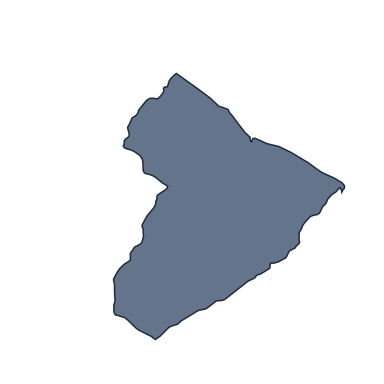 the Province of Zaire, rotated 147°
{"feature_id": "AGO-1882", "entity_name": "Zaire", "entity_type": "Province", "adm_level": 1, "iso_a3": "AGO", "parent_name": "Angola", "parent_adm1": "", "projection": "robinson", "projection_center": [13.603, -6.817], "detail": "fine", "context": "isolated", "style": "filled", "palette": "slate", "viewbox_px": 384, "rotation_deg": 147, "n_neighbors": 0, "source": "natural_earth", "source_scale": "10m", "svg_char_len": 3137}
<svg xmlns="http://www.w3.org/2000/svg" viewBox="0 0 384 384"><g transform="rotate(147 192 192)"><path d="M223.4,84.0L227.2,85.3L229.6,86.8L231.0,87.4L242.6,86.4L244.9,86.7L250.6,89.0L252.6,89.3L262.7,89.5L271.6,89.8L276.0,88.9L282.2,90.7L285.2,91.0L297.6,88.4L303.1,88.3L304.8,93.1L311.9,105.1L313.2,108.8L315.6,119.5L316.8,123.2L321.4,128.8L323.3,130.7L322.7,134.1L319.2,139.6L318.6,140.2L316.3,142.1L315.8,142.7L311.6,150.0L311.3,150.5L307.4,156.6L306.4,159.0L305.8,161.0L304.4,162.2L298.3,165.5L294.4,167.1L288.6,168.3L281.0,168.3L279.6,170.2L277.5,173.7L277.1,174.0L276.6,174.3L270.3,177.0L269.5,177.0L268.9,177.0L267.1,176.7L266.6,176.6L265.4,176.7L264.8,176.7L263.8,176.5L263.2,176.5L262.7,176.7L262.2,176.9L261.2,177.4L257.3,180.7L256.2,182.4L255.5,183.5L255.3,184.1L255.1,184.5L254.2,185.7L253.8,186.3L253.4,187.3L252.4,190.8L251.5,191.7L242.8,196.4L237.4,198.1L233.3,199.3L230.1,201.0L228.8,202.0L228.5,202.4L227.7,203.6L227.3,204.0L225.8,204.9L225.2,205.3L224.9,205.8L224.3,206.7L223.2,207.8L222.5,208.1L221.2,208.3L216.0,208.3L215.0,208.2L214.4,208.2L213.6,208.3L211.0,208.8L209.2,210.0L212.0,216.0L214.6,224.3L216.3,227.5L218.3,230.1L220.2,231.9L221.5,233.9L221.4,236.3L216.7,244.1L215.8,247.0L215.8,250.9L218.5,257.7L220.1,260.3L223.5,264.1L224.6,265.9L224.7,267.1L224.7,267.6L224.3,268.4L223.2,268.7L222.5,269.7L221.0,271.6L220.5,272.0L219.8,272.3L218.6,272.7L216.6,272.6L216.0,272.7L214.0,273.5L213.0,275.0L211.1,280.8L210.3,281.6L209.5,282.1L207.1,283.2L206.7,283.5L206.3,283.8L205.6,284.5L204.1,285.2L203.7,285.5L203.3,285.8L203.0,286.2L202.3,286.5L201.3,286.7L198.0,286.7L196.7,286.8L194.7,287.6L193.8,288.2L193.2,288.7L192.5,289.5L191.8,289.8L180.6,293.5L179.4,293.6L177.0,293.6L176.0,293.3L175.2,293.0L174.9,292.6L173.5,291.8L173.1,291.5L171.4,289.7L170.5,289.2L169.7,289.0L168.7,289.0L165.0,289.9L162.7,290.8L161.5,291.4L160.4,292.4L160.0,293.0L159.8,293.5L159.7,293.9L159.5,294.4L159.1,294.7L158.5,294.9L157.6,294.7L157.0,294.5L156.5,294.2L156.0,293.8L155.6,293.7L155.1,293.8L152.6,295.9L152.0,296.5L151.2,297.1L150.4,297.7L148.5,298.5L146.0,299.2L141.3,299.9L140.8,300.0L140.6,300.0L130.1,273.2L125.5,260.5L122.8,249.3L120.1,246.1L118.7,244.2L116.8,241.7L117.3,237.8L116.8,234.9L115.2,212.9L114.2,209.5L114.0,207.7L113.8,207.1L113.5,206.7L113.4,206.4L113.7,205.8L114.3,205.0L114.6,204.4L114.8,203.3L115.1,202.9L115.2,202.5L114.7,201.7L111.9,203.7L109.9,202.8L102.8,191.7L94.4,182.9L87.6,171.6L78.5,153.1L75.0,143.7L72.4,137.5L69.8,133.4L67.4,129.7L65.0,125.9L61.1,117.9L60.7,114.3L62.1,112.2L64.3,111.6L66.4,110.2L65.7,111.9L65.5,115.1L67.7,114.8L71.1,113.7L76.1,113.6L82.3,112.0L85.3,109.8L87.5,109.0L90.5,108.5L95.6,105.4L96.8,104.8L99.2,104.8L101.2,105.7L103.7,106.5L106.3,107.0L109.1,106.2L113.6,105.1L117.9,103.4L119.9,101.7L124.3,99.5L126.1,96.7L128.1,94.0L128.7,91.9L130.0,90.6L132.5,90.0L134.3,89.8L135.9,88.9L137.6,89.1L141.2,89.5L142.3,89.4L144.0,88.7L147.9,86.3L149.3,85.7L157.7,86.4L161.7,87.6L164.8,89.4L165.9,88.6L167.9,86.2L168.5,85.7L171.7,85.7L179.5,85.9L182.4,86.9L183.6,86.8L185.3,86.0L186.3,85.8L194.0,86.7L210.1,85.2L223.4,84.0Z" fill="#64748b" stroke="#1e293b" stroke-width="1.5"/></g></svg>